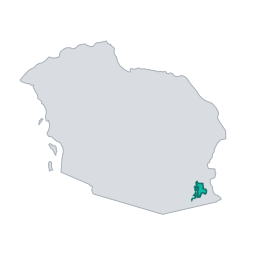 location of Muleba, Kagera, United Republic of Tanzania, rotated 167°
{"feature_id": "72390352B90711717616381", "entity_name": "Muleba", "entity_type": "district", "adm_level": 2, "iso_a3": "TZA", "parent_name": "United Republic of Tanzania", "parent_adm1": "Kagera", "projection": "orthographic", "projection_center": [31.752, -1.923], "detail": "fine", "context": "in_parent", "style": "filled", "palette": "teal", "viewbox_px": 256, "rotation_deg": 167, "n_neighbors": 0, "source": "geoboundaries", "source_scale": "gbopen_adm2", "svg_char_len": 7260}
<svg xmlns="http://www.w3.org/2000/svg" viewBox="0 0 256 256"><g transform="rotate(167 128 128)"><path d="M95.2,180.6L92.4,179.1L89.9,178.2L87.8,177.2L86.9,176.3L85.0,175.9L83.3,175.8L81.7,174.9L78.6,174.5L78.2,173.9L78.2,172.6L77.6,172.3L76.4,171.9L75.2,172.0L74.4,172.1L74.0,172.0L72.9,171.3L72.0,170.3L71.6,168.7L70.2,167.7L68.5,166.9L63.8,167.0L63.1,166.7L62.0,165.9L60.7,164.6L59.6,163.1L58.7,161.0L57.7,158.3L52.3,147.3L51.8,145.2L50.7,142.8L49.0,140.0L47.2,137.9L44.7,136.0L41.9,134.1L40.4,132.8L37.5,127.6L36.9,125.1L36.4,122.6L36.6,121.6L38.4,118.3L38.6,117.4L38.3,116.2L37.4,113.6L36.3,110.4L34.0,104.7L33.6,103.3L33.7,102.2L35.0,96.3L35.0,95.5L40.4,95.6L44.3,93.1L47.7,89.2L48.4,87.6L49.8,85.2L51.2,84.0L51.7,83.1L52.5,80.7L54.3,79.0L56.1,77.8L55.7,76.9L56.0,76.5L56.9,75.9L58.8,75.3L59.1,74.0L59.1,72.5L58.8,71.7L58.9,70.8L58.6,70.3L57.4,70.1L55.6,69.4L54.0,69.1L53.0,68.7L52.6,68.4L52.5,67.5L53.3,65.3L52.5,64.4L54.3,60.7L54.7,60.2L55.4,60.1L56.5,59.7L57.5,59.6L58.3,59.7L58.9,59.6L59.4,59.1L59.9,57.9L60.2,55.8L60.0,54.1L59.3,52.7L59.0,50.7L59.4,48.0L59.1,45.8L58.3,44.0L57.4,42.9L56.0,42.4L53.9,39.7L53.2,38.3L53.4,37.5L54.1,37.2L55.5,37.3L56.7,37.0L57.9,36.2L59.1,36.0L59.7,36.1L113.7,36.1L176.5,71.5L176.8,71.9L177.3,75.0L177.1,76.0L176.2,77.7L175.9,78.6L175.9,79.3L176.1,79.5L176.9,79.6L177.6,80.0L177.9,80.4L178.4,81.7L179.1,82.3L202.7,99.7L203.2,100.0L202.9,101.4L201.5,104.9L201.4,106.4L200.9,108.1L200.3,109.2L198.9,114.2L197.8,116.0L196.1,120.3L195.9,123.6L196.7,125.9L197.0,128.1L198.8,130.2L200.2,131.0L201.2,132.0L202.9,134.2L203.9,136.4L207.0,137.6L208.2,140.1L207.7,141.8L206.2,143.2L204.8,145.5L203.7,148.5L203.6,153.1L204.3,152.4L206.0,153.6L206.1,157.0L204.3,160.9L203.8,162.8L203.7,164.4L204.8,169.1L206.6,171.5L206.5,172.3L206.0,172.9L209.1,177.2L208.7,180.9L209.9,183.8L210.3,186.3L211.1,188.2L211.2,189.5L210.2,191.0L212.5,191.4L213.8,192.6L214.5,193.7L216.1,193.7L217.0,194.5L218.3,195.1L221.2,197.1L221.9,198.1L222.4,199.0L214.2,205.0L211.3,206.6L209.2,207.3L207.0,207.7L204.9,208.6L202.9,210.1L200.4,210.8L197.3,210.8L194.0,211.9L188.9,215.0L186.0,213.2L183.7,212.7L181.0,212.7L179.3,212.9L178.7,213.3L178.2,214.4L177.7,216.1L176.0,217.8L172.8,219.4L170.0,220.0L167.4,219.5L165.7,218.9L164.8,217.9L163.4,217.5L161.6,217.6L159.9,218.2L158.3,219.5L155.6,220.0L152.1,219.8L150.2,219.2L149.9,218.2L148.4,217.0L145.5,215.5L143.4,215.5L142.0,216.8L140.7,217.7L139.6,218.0L138.6,218.1L137.2,217.7L133.2,217.6L129.4,217.6L129.1,215.7L128.3,214.5L127.6,213.8L126.3,213.6L126.0,213.0L125.6,211.8L124.9,210.8L124.1,209.9L123.6,209.1L123.4,208.4L123.6,207.6L124.4,205.6L124.6,204.2L124.6,202.8L124.1,201.4L123.3,199.7L123.4,199.2L123.1,198.0L123.1,197.2L123.2,196.2L123.1,194.8L122.3,192.0L122.3,191.2L121.5,189.9L119.0,186.6L118.9,186.1L115.0,182.8L113.4,182.1L112.9,182.7L112.7,183.3L112.8,184.4L112.7,184.9L112.5,185.1L111.6,185.1L111.0,185.0L109.5,184.1L108.4,183.8L105.5,184.0L104.5,184.2L103.7,184.0L102.1,182.5L100.4,182.2L98.7,182.1L96.1,180.4L95.2,180.6ZM207.6,125.5L208.8,129.1L208.7,129.8L207.7,130.2L207.2,130.3L206.7,129.7L206.3,128.4L205.6,128.7L204.4,127.2L203.3,127.2L202.2,125.4L202.7,123.9L202.5,121.3L203.8,119.9L204.5,117.7L205.3,119.2L205.5,121.6L206.5,124.4L207.6,125.5ZM214.1,103.7L214.2,104.6L214.0,105.4L214.0,108.0L213.9,109.7L212.9,112.1L212.1,112.9L211.3,112.7L210.8,112.3L210.3,111.6L211.3,107.2L210.9,104.0L212.7,104.3L214.1,103.7ZM210.7,156.4L209.8,156.6L209.4,156.4L208.9,155.7L209.9,155.1L210.8,153.9L213.1,152.2L214.1,150.8L213.9,152.2L212.6,155.1L211.6,155.3L210.7,156.4Z" fill="#d9dde1" stroke="#a8b0b8" stroke-width="1"/><path d="M73.8,59.0L74.0,58.6L73.8,58.2L73.7,57.6L73.9,57.4L73.9,57.2L74.1,57.1L74.0,56.8L74.0,56.7L74.3,56.5L74.2,56.6L74.1,56.2L74.3,55.9L74.4,55.7L74.0,55.4L74.3,55.3L74.3,54.9L74.4,54.7L74.2,54.3L74.3,54.1L74.4,53.8L74.5,53.6L74.6,53.4L74.4,53.5L74.4,53.4L74.2,53.5L74.0,53.9L73.9,53.9L73.8,54.0L73.6,54.0L73.5,53.9L73.4,54.0L73.2,54.0L73.2,54.3L73.1,54.8L73.0,54.7L72.8,54.8L72.7,54.8L72.7,54.7L72.8,54.6L72.9,54.3L73.0,54.1L72.9,53.9L72.9,53.7L72.9,53.4L73.0,53.1L73.0,52.9L73.1,52.6L73.3,52.4L73.5,52.4L73.4,52.4L73.6,52.1L73.9,51.9L73.9,51.7L74.1,51.6L74.2,51.4L74.2,51.2L74.3,50.9L74.4,50.6L74.4,50.4L74.4,49.9L74.5,49.5L74.5,49.3L74.7,49.1L74.9,48.5L74.8,48.1L74.8,47.8L74.9,47.7L74.9,47.3L75.2,47.1L75.2,46.9L75.3,46.8L75.2,46.7L75.3,46.7L75.3,46.3L75.3,46.1L75.2,46.0L75.2,45.9L75.3,45.8L75.3,45.7L75.3,45.0L75.2,45.0L75.3,44.9L74.8,44.9L74.4,44.6L73.9,44.5L73.9,44.8L74.0,44.8L73.9,44.8L73.8,45.0L73.6,45.2L73.4,45.1L73.1,45.0L73.0,45.4L72.9,45.5L72.7,45.8L72.5,45.7L72.4,45.8L72.5,46.0L72.4,46.1L72.0,46.5L71.7,46.7L71.7,46.8L71.6,47.1L71.6,47.3L71.5,47.6L71.4,47.8L71.2,48.1L70.4,48.0L69.9,48.0L69.6,47.8L68.9,47.7L68.7,47.5L68.0,46.4L67.7,46.3L67.3,46.5L67.1,46.5L67.0,46.8L66.7,46.9L66.7,47.0L66.8,47.2L66.8,47.3L66.6,47.3L66.4,47.4L66.3,47.6L66.1,47.8L66.0,48.1L65.9,48.5L65.8,48.9L65.6,49.2L65.7,49.3L65.7,49.8L66.1,50.2L66.2,50.4L66.1,50.8L66.4,51.0L66.6,51.0L67.9,51.6L68.2,51.7L68.6,52.2L68.6,52.4L68.5,52.6L68.1,53.3L67.9,53.4L68.0,53.6L67.8,54.1L67.7,54.5L67.8,54.7L67.8,54.8L67.9,55.3L68.0,55.4L68.1,55.5L68.1,55.8L68.0,56.0L67.9,56.1L68.0,56.2L68.0,56.4L68.2,56.5L67.9,56.4L67.7,56.5L67.6,57.0L68.3,57.4L68.6,57.5L69.1,57.5L69.7,57.7L70.1,57.6L70.4,57.9L71.3,57.9L72.8,59.5L73.0,59.7L72.8,60.3L73.1,60.3L73.7,60.0L73.7,59.9L73.4,59.8L73.4,59.6L73.7,59.1L73.8,59.0L73.8,59.0ZM77.7,46.6L77.6,46.4L77.6,46.6L77.1,46.6L77.1,46.8L77.2,47.0L77.4,47.1L77.2,47.3L77.5,47.4L77.2,47.7L77.3,47.9L77.3,48.0L77.2,48.0L77.1,47.9L77.0,48.0L77.2,48.3L77.3,48.5L77.1,48.7L76.9,48.7L77.0,48.8L76.9,48.9L77.0,49.1L77.3,48.8L77.4,48.6L77.4,48.3L77.4,48.1L77.7,47.9L77.8,47.7L78.0,47.5L78.0,47.1L77.7,47.1L77.8,46.8L77.9,46.7L77.7,46.6ZM75.7,55.5L75.5,55.4L75.4,55.2L75.4,54.9L75.5,54.8L75.5,54.6L75.4,54.8L75.2,55.3L75.2,55.5L75.4,55.9L75.5,55.9L75.7,56.0L75.8,56.1L76.0,55.9L76.4,55.7L76.5,55.7L76.5,55.8L76.5,55.5L76.5,55.4L76.2,55.6L75.8,55.5L75.7,55.5ZM76.8,49.6L77.0,49.2L76.8,49.1L76.7,49.1L76.6,49.4L76.6,49.5L76.4,49.9L76.3,50.0L76.2,50.1L76.4,50.3L76.4,50.2L76.6,50.1L76.6,49.8L76.7,49.7L76.8,49.6ZM76.6,52.5L76.6,52.4L76.4,52.4L76.3,52.6L76.5,52.8L76.8,52.9L76.7,52.8L76.7,52.7L76.6,52.5ZM81.9,43.9L81.9,43.6L81.5,44.2L81.5,44.3L81.3,44.4L81.3,44.6L81.6,44.4L81.7,44.2L81.8,44.0L81.7,44.1L81.7,43.9L81.9,43.9ZM76.0,53.4L76.0,53.2L75.8,53.4L75.7,53.6L75.8,53.7L76.0,53.6L76.1,53.4L76.0,53.4ZM75.9,52.8L75.6,52.8L75.6,53.0L75.7,52.9L75.9,53.0L76.0,53.1L76.2,52.9L75.9,52.8ZM78.0,46.8L77.9,46.8L78.1,46.9L78.1,47.1L78.3,47.3L78.5,47.3L78.4,47.2L78.1,46.9L78.0,46.8ZM77.0,45.9L77.0,46.2L77.3,46.3L77.4,46.1L77.1,46.0L77.0,45.9ZM78.0,45.2L77.9,45.3L77.8,45.5L78.0,45.4L78.0,45.2L78.0,45.2ZM75.9,52.2L75.7,52.1L75.8,52.3L76.0,52.4L75.9,52.2ZM74.3,58.1L74.4,57.8L74.3,58.0L74.2,58.0L74.3,58.1ZM75.7,53.7L75.4,53.8L75.5,53.7L75.6,53.8L75.7,53.7ZM75.8,52.4L75.7,52.4L75.6,52.5L75.8,52.6L75.8,52.4ZM74.9,56.4L75.0,56.6L74.9,56.4ZM75.6,53.1L75.5,53.3L75.6,53.2L75.6,53.1ZM79.3,44.8L79.5,44.7L79.4,44.6L79.2,44.8L79.3,44.8ZM75.6,54.2L75.9,53.9L75.8,54.0L75.7,54.0L75.6,54.2ZM76.1,53.3L76.2,53.2L76.1,53.3ZM78.6,47.5L78.6,47.4L78.6,47.5ZM76.5,56.0L76.5,55.8L76.5,56.0ZM78.7,47.7L78.7,47.8L78.8,47.7L78.7,47.7Z" fill="#14b8a6" stroke="#0f766e" stroke-width="1.5"/></g></svg>